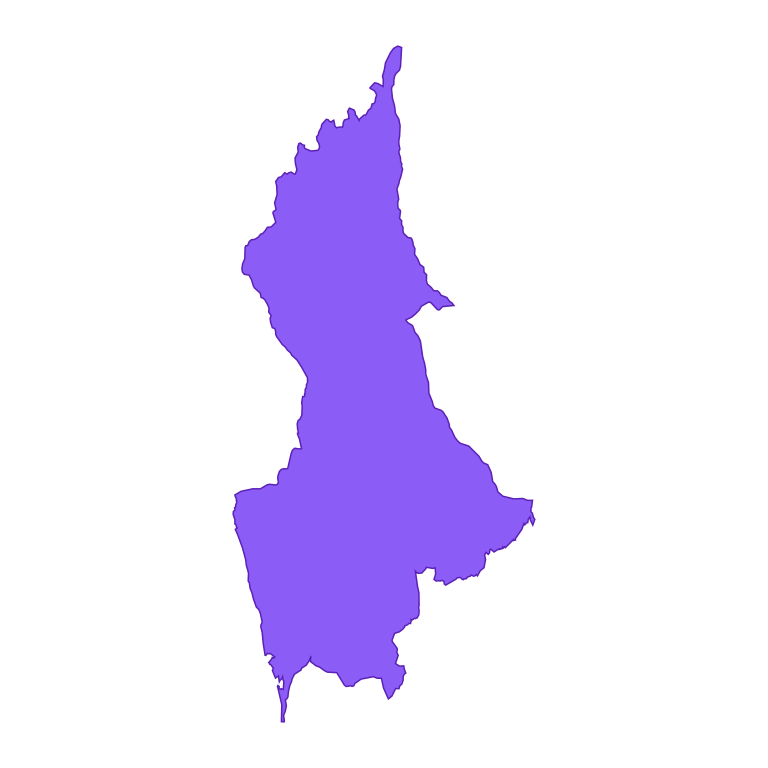 the district of Copacabana, Antioquia, Colombia
{"feature_id": "7082276B76500841891057", "entity_name": "Copacabana", "entity_type": "district", "adm_level": 2, "iso_a3": "COL", "parent_name": "Colombia", "parent_adm1": "Antioquia", "projection": "equal_earth", "projection_center": [-75.502, 6.36], "detail": "fine", "context": "isolated", "style": "filled", "palette": "violet", "viewbox_px": 768, "rotation_deg": 0, "n_neighbors": 0, "source": "geoboundaries", "source_scale": "gbopen_adm2", "svg_char_len": 6106}
<svg xmlns="http://www.w3.org/2000/svg" viewBox="0 0 768 768"><path d="M532.5,500.3L527.7,500.4L522.9,498.5L513.8,498.9L502.8,496.2L497.9,491.9L496.3,486.4L494.6,483.6L492.8,481.8L491.1,472.2L487.7,464.7L484.1,463.2L482.1,461.5L478.9,456.2L468.8,446.1L460.3,443.3L457.6,440.9L454.9,437.4L451.5,430.0L449.5,427.3L449.3,424.5L447.0,418.0L442.8,411.6L441.1,410.3L434.9,408.1L433.2,405.5L432.3,401.6L428.9,393.2L428.5,382.6L425.8,374.4L425.7,369.4L424.6,363.6L422.7,356.9L420.4,341.0L418.0,335.9L415.0,332.4L412.8,326.2L411.9,325.1L408.2,323.0L405.9,320.4L406.1,319.7L411.6,317.2L415.4,314.0L419.3,310.0L421.4,306.2L428.4,302.2L430.7,302.4L437.2,309.4L438.7,310.0L439.6,309.7L442.6,306.6L453.9,305.5L451.8,302.8L449.6,301.4L446.8,297.5L441.1,295.3L439.3,292.5L437.5,290.9L433.7,290.7L431.4,287.6L427.3,284.0L426.4,280.6L426.6,274.7L424.1,272.3L423.7,267.2L420.0,264.5L417.5,258.6L414.6,254.4L414.9,248.6L413.2,245.1L412.9,242.3L411.9,239.2L411.1,238.0L407.9,237.5L403.6,233.3L403.0,231.2L403.0,227.3L401.6,224.7L401.6,220.7L399.6,218.5L400.5,211.3L400.0,210.0L398.5,208.7L397.9,207.4L397.7,202.3L398.7,199.1L396.9,189.0L398.9,183.6L399.5,180.2L400.5,177.9L402.6,169.3L401.5,166.2L401.8,163.7L400.7,161.9L400.4,157.3L399.3,154.3L398.8,151.5L399.9,149.1L398.9,144.1L398.8,141.0L399.6,136.1L400.1,125.7L398.8,119.1L395.5,113.6L394.5,105.6L392.5,98.4L391.5,89.2L392.0,86.6L393.8,84.6L393.9,79.5L394.7,76.0L395.8,73.8L399.4,70.2L400.5,66.6L401.6,47.5L397.8,46.1L393.5,48.5L390.4,52.8L385.5,62.7L384.3,69.9L382.5,76.3L383.3,79.6L383.1,86.5L377.8,83.5L374.6,82.8L370.0,87.7L370.1,88.3L374.6,90.9L376.3,93.9L376.5,95.8L375.7,97.6L374.9,102.3L373.6,103.7L372.2,103.8L370.9,108.2L368.4,110.2L366.0,114.8L363.7,115.3L359.5,119.1L359.1,120.4L356.5,115.9L355.6,115.3L355.0,111.8L354.0,110.0L349.4,108.1L347.6,111.6L348.5,114.2L348.7,117.6L349.1,118.5L344.4,120.0L343.3,122.6L342.8,126.9L337.9,127.3L336.8,127.9L335.0,126.3L333.8,120.2L332.1,121.1L331.6,122.0L329.5,121.4L328.2,119.8L326.4,119.3L322.2,123.9L321.4,125.8L321.4,127.3L318.9,131.9L318.1,135.2L316.6,136.6L317.0,140.4L318.7,143.1L319.6,146.6L319.0,148.9L317.7,150.4L311.0,151.0L304.9,148.5L304.3,147.3L304.5,145.3L302.7,144.9L300.5,143.1L298.9,143.5L297.7,147.2L298.2,152.0L295.0,158.1L295.4,163.4L296.9,169.7L295.3,174.0L293.9,173.9L291.2,172.1L289.0,172.7L286.9,174.1L284.8,172.7L281.1,176.9L278.5,177.5L275.7,181.5L276.7,186.1L277.1,194.5L274.6,202.9L276.0,209.2L275.7,210.0L273.4,211.5L272.9,213.0L275.8,222.3L271.2,226.9L267.4,227.3L264.9,231.1L262.6,233.5L260.7,234.1L258.3,237.1L254.7,239.4L251.5,239.7L249.3,241.5L247.6,245.6L245.8,245.7L245.1,247.5L244.8,258.6L242.6,264.0L241.9,269.0L242.5,272.1L244.2,274.3L249.1,275.1L251.5,279.8L253.4,286.0L254.4,287.8L260.3,293.3L261.1,297.5L263.3,298.3L265.2,300.3L267.7,304.9L269.0,308.0L268.7,312.1L271.1,315.5L270.1,318.4L270.6,322.3L272.3,327.7L274.8,328.5L275.6,331.4L275.7,334.3L276.7,336.7L282.2,344.4L285.1,346.9L287.6,350.3L290.4,352.7L291.8,355.3L297.0,360.0L301.7,367.3L307.5,377.8L307.5,382.6L306.5,384.4L306.4,387.3L305.2,389.3L305.1,392.8L304.5,393.8L304.8,395.5L304.4,396.4L302.7,396.5L301.9,401.2L301.7,402.7L302.2,405.7L301.8,415.3L299.8,419.3L298.2,420.4L297.2,423.8L297.6,429.1L298.5,432.9L297.5,433.2L297.7,434.6L299.5,439.1L301.5,448.6L300.7,449.0L294.5,448.3L292.4,450.3L291.1,453.8L287.8,468.2L286.5,468.9L283.9,468.7L281.3,469.4L279.4,471.5L278.0,475.7L277.7,478.5L278.4,482.0L278.0,483.3L277.0,484.5L276.2,485.0L269.5,484.3L267.0,484.9L260.4,488.8L252.8,488.8L241.2,491.3L234.9,494.9L235.2,496.4L236.1,498.0L236.7,502.7L235.7,504.9L235.6,507.1L234.6,507.7L235.0,509.8L233.3,511.7L233.2,514.6L234.9,519.6L234.9,524.0L236.1,524.8L236.3,526.8L237.2,527.9L235.3,529.4L237.8,535.0L242.6,548.2L245.7,559.8L246.3,565.1L248.5,573.0L248.2,581.1L249.3,582.7L250.1,588.3L252.0,592.9L253.4,598.8L256.4,607.2L258.8,609.5L260.4,613.6L262.2,622.1L260.9,625.2L260.9,627.2L262.2,632.4L263.2,643.3L265.1,655.3L265.8,655.4L267.4,653.4L268.9,653.9L270.1,653.4L274.8,657.0L273.8,658.0L272.2,657.4L271.8,658.8L268.7,662.6L269.3,662.9L269.7,664.2L270.9,664.8L273.3,668.2L272.4,670.5L275.5,678.1L278.4,675.9L279.3,681.8L280.2,680.1L282.0,678.6L282.6,676.9L283.2,680.4L283.9,681.0L283.3,689.4L281.4,688.7L280.4,689.4L278.8,687.9L279.2,687.0L279.0,686.2L277.9,685.5L277.5,686.3L281.8,704.7L281.4,721.7L284.1,721.9L284.4,720.9L283.6,715.4L285.2,711.4L286.4,705.9L285.4,700.0L287.0,698.6L287.9,697.0L288.5,691.2L289.9,685.2L291.5,681.7L292.1,678.9L294.5,674.2L300.9,670.1L301.7,668.1L306.3,665.2L309.2,660.7L310.7,656.8L311.0,657.2L310.4,659.5L310.6,661.6L316.0,665.8L319.6,667.1L324.7,670.8L327.3,672.1L336.8,672.7L344.3,685.0L346.2,686.5L351.0,685.8L352.1,686.4L353.8,685.8L354.9,683.4L361.1,679.1L373.4,676.7L377.0,678.2L381.4,678.3L383.6,688.2L388.4,698.9L391.9,696.1L395.6,688.6L399.0,688.7L399.7,686.0L401.8,684.1L403.1,680.3L403.2,676.6L404.0,674.5L405.8,673.0L404.3,669.2L403.8,665.9L399.4,666.1L395.5,663.5L398.2,655.3L396.8,652.3L397.3,649.6L397.1,648.3L392.3,641.6L392.1,640.0L394.6,633.4L399.4,631.8L402.6,629.3L404.5,627.2L404.8,625.8L407.5,624.8L408.9,623.4L410.5,623.5L411.1,621.2L411.0,619.5L412.3,620.0L414.4,618.3L415.4,618.6L417.1,617.9L418.8,614.8L419.1,610.7L418.6,607.5L419.1,605.4L418.9,592.7L417.5,586.3L415.4,571.3L416.8,572.8L418.5,573.3L421.8,573.0L425.8,568.8L426.3,567.3L432.8,568.4L435.2,567.9L435.6,574.1L434.0,579.5L436.4,581.1L438.0,580.7L440.4,581.0L442.0,580.3L443.9,581.4L444.3,584.0L445.7,585.1L455.8,579.3L457.4,577.7L460.4,577.5L462.3,579.4L463.2,579.7L464.1,578.9L466.1,578.8L467.9,576.8L470.1,576.3L471.3,575.0L473.6,576.2L475.0,575.8L476.3,574.6L477.4,575.9L480.4,570.6L484.0,567.7L485.6,559.4L484.6,555.0L486.1,552.4L488.2,554.4L489.5,552.9L489.9,549.7L490.8,549.2L494.0,552.0L499.0,548.8L499.5,548.7L499.5,549.4L502.1,548.6L502.7,547.1L503.2,548.1L504.5,546.8L505.3,547.7L513.3,539.7L513.5,540.5L515.5,540.0L515.4,538.6L521.8,529.4L523.9,523.5L524.8,524.8L526.7,522.7L527.8,522.6L528.2,519.4L529.9,516.9L530.3,520.0L532.8,525.1L534.8,519.4L533.5,517.4L532.3,513.1L530.9,511.6L531.0,507.8L531.6,507.2L532.5,500.3Z" fill="#8b5cf6" stroke="#5b21b6" stroke-width="1.5"/></svg>